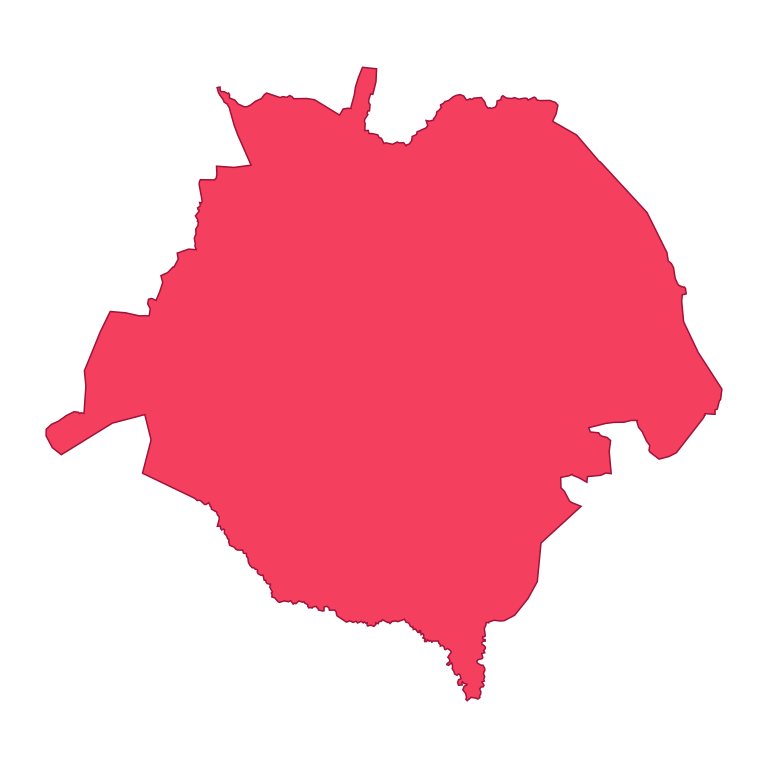 Na Dun, Maha Sarakham, Thailand (Natural Earth projection)
{"feature_id": "78962969B11651744755844", "entity_name": "Na Dun", "entity_type": "district", "adm_level": 2, "iso_a3": "THA", "parent_name": "Thailand", "parent_adm1": "Maha Sarakham", "projection": "natural_earth1", "projection_center": [103.237, 15.719], "detail": "fine", "context": "isolated", "style": "filled", "palette": "rose", "viewbox_px": 768, "rotation_deg": 0, "n_neighbors": 0, "source": "geoboundaries", "source_scale": "gbopen_adm2", "svg_char_len": 6064}
<svg xmlns="http://www.w3.org/2000/svg" viewBox="0 0 768 768"><path d="M46.1,435.9L52.3,447.6L61.3,454.7L112.4,423.1L144.8,414.6L151.1,439.9L142.5,473.2L194.7,498.3L197.3,500.6L199.0,500.2L200.6,500.7L204.5,504.4L206.0,504.5L208.8,502.7L210.5,506.7L211.3,507.0L211.4,509.2L216.7,512.1L217.3,514.6L219.2,517.0L219.1,519.9L217.3,526.3L220.3,526.1L220.7,528.7L221.7,530.0L223.5,529.1L224.4,529.5L224.4,533.5L226.6,535.6L227.5,538.6L228.9,539.3L228.8,542.4L229.8,545.4L234.3,547.2L235.8,549.2L237.2,550.0L242.8,550.2L243.4,553.1L246.4,553.6L246.6,556.6L247.9,557.9L248.4,562.3L249.9,565.3L252.1,567.7L253.9,567.8L255.2,569.2L257.2,569.6L257.7,570.3L257.2,571.9L258.2,573.8L261.1,575.4L263.0,575.1L264.2,580.3L265.6,580.2L266.1,582.2L267.3,583.7L270.4,584.2L269.8,587.2L272.4,592.0L271.3,593.0L272.1,594.8L271.8,596.9L274.6,597.8L278.0,601.6L279.4,602.4L284.3,600.9L288.5,601.8L290.6,600.6L293.2,604.1L294.8,603.1L295.9,603.7L298.8,601.0L302.5,602.2L303.9,601.6L304.7,603.1L307.8,604.6L307.7,606.3L308.8,607.9L310.3,607.5L312.1,608.1L313.3,606.8L316.4,606.5L317.0,607.8L318.2,608.4L318.3,609.9L322.4,611.0L324.0,610.8L324.1,607.0L327.0,606.3L328.9,607.9L329.4,610.2L334.8,610.1L336.4,612.4L336.3,613.8L337.1,615.9L346.4,622.1L349.9,620.8L353.0,622.4L356.1,621.3L357.5,623.0L361.2,621.3L363.3,622.9L364.4,621.9L365.9,623.2L367.2,622.8L367.1,625.3L367.7,626.0L370.8,625.2L373.9,626.4L375.9,624.5L375.7,622.8L378.2,623.7L379.0,621.6L381.5,621.3L382.4,619.7L387.9,622.6L389.0,622.3L390.0,623.5L392.3,621.3L396.2,621.0L397.6,621.7L404.5,619.3L405.9,622.1L408.8,623.0L410.4,626.3L412.2,627.3L413.0,626.9L413.3,629.6L415.3,628.9L417.9,632.4L419.3,632.5L419.3,630.8L420.5,630.7L421.1,634.7L422.7,633.7L423.5,634.2L423.8,636.9L422.8,637.9L425.4,639.1L424.5,640.3L424.8,641.6L426.7,641.4L427.4,639.9L429.2,641.2L430.6,640.5L431.9,642.2L433.0,641.0L438.4,641.1L438.8,643.2L440.3,644.7L440.3,646.2L442.3,645.4L444.0,646.8L444.7,649.4L445.7,649.6L447.6,648.4L450.7,650.8L451.2,652.2L447.8,657.2L449.7,659.4L449.7,661.7L447.1,663.6L446.8,664.6L448.5,665.4L451.6,662.8L452.6,666.0L452.2,668.8L454.0,671.6L454.6,674.0L457.1,675.3L458.3,674.0L459.8,674.5L461.1,678.7L458.6,679.6L457.6,682.6L458.5,685.2L462.1,685.0L461.9,682.6L462.5,681.8L463.9,683.3L467.0,684.2L466.7,685.1L464.2,686.2L462.8,689.8L465.5,693.4L466.5,697.0L465.9,699.4L467.2,700.7L471.1,697.4L475.9,698.1L477.8,699.1L479.9,697.5L479.6,696.0L480.6,694.2L480.9,691.7L479.6,688.9L481.3,687.0L483.2,686.8L484.0,685.3L482.0,682.0L484.3,681.0L483.7,679.3L484.7,676.7L483.4,673.6L484.8,670.3L484.7,668.3L483.0,665.2L480.8,665.1L477.5,663.1L476.7,661.4L478.0,659.7L482.3,658.6L482.8,657.6L481.6,653.6L484.8,652.7L483.7,650.4L485.2,648.7L485.3,647.3L484.5,645.9L482.1,644.3L481.7,642.6L482.7,641.4L485.2,641.1L485.1,639.5L483.3,639.5L482.5,637.8L482.8,636.6L483.8,637.0L485.3,636.0L484.3,628.7L486.0,624.7L486.1,622.6L488.7,622.8L488.7,622.1L494.0,620.3L500.5,621.0L504.2,620.7L514.7,615.2L527.9,598.7L537.3,581.6L541.0,543.0L581.1,506.3L571.8,502.6L569.4,500.9L564.4,491.3L561.0,487.8L560.7,477.4L568.7,475.9L572.2,474.4L573.0,475.4L578.4,477.5L586.9,482.3L587.4,476.6L600.7,475.3L605.9,473.0L611.2,473.7L609.2,451.4L610.6,440.5L607.0,437.4L602.0,436.2L600.0,435.0L598.7,432.8L590.4,432.0L588.7,427.7L605.8,423.4L613.9,422.4L624.0,422.2L631.4,420.4L637.3,420.5L636.9,421.8L638.7,427.5L642.1,431.5L646.5,441.0L649.7,445.5L649.0,450.5L650.1,452.3L659.1,459.1L669.0,456.5L676.4,452.7L702.7,418.9L704.2,416.6L704.3,415.2L705.0,415.2L705.0,413.7L715.1,414.3L715.0,409.9L717.3,409.1L719.3,401.0L720.6,399.5L721.9,389.1L698.3,352.6L683.6,321.7L681.7,301.2L682.3,294.8L686.2,293.9L685.5,288.5L684.5,287.1L683.1,287.1L678.8,285.4L677.5,283.5L675.2,278.4L673.5,267.6L671.4,263.6L668.2,260.9L667.0,252.7L647.0,212.5L600.6,162.2L598.8,161.0L576.6,135.0L552.6,121.3L556.2,113.6L557.9,105.2L555.4,102.4L549.5,100.4L540.1,100.6L536.9,100.0L535.6,97.8L534.2,97.1L528.0,100.1L527.0,98.4L524.4,98.1L519.0,99.2L514.5,97.6L511.9,98.5L506.4,98.1L502.9,95.7L501.6,96.7L500.7,99.8L497.1,100.9L496.8,104.5L495.4,107.1L491.4,108.4L489.7,107.7L488.1,108.3L485.9,105.6L484.8,102.0L481.4,97.5L473.6,98.2L471.9,99.5L470.1,98.7L467.1,100.1L465.9,99.3L463.8,96.0L460.2,94.6L456.2,95.4L453.3,96.7L448.4,100.7L445.0,101.5L443.3,103.5L440.6,104.7L440.5,105.9L441.4,107.3L439.3,110.0L436.7,112.0L436.5,114.3L434.9,117.4L433.6,118.6L433.4,120.1L429.4,121.1L426.1,120.5L427.7,125.4L426.2,127.8L417.0,131.9L416.7,134.4L412.2,136.5L411.6,141.0L409.0,144.2L407.0,144.7L406.0,145.8L403.7,142.7L399.0,142.9L397.2,142.0L392.6,144.3L385.8,142.8L384.0,143.6L381.4,138.4L379.1,137.5L377.7,134.8L371.8,133.5L369.0,133.6L368.3,130.5L364.8,130.5L365.2,123.5L364.5,121.8L364.7,119.4L367.9,114.5L367.0,113.5L367.8,111.0L369.5,110.9L370.1,104.5L368.7,102.5L368.8,99.8L370.6,93.9L372.8,94.4L373.2,93.1L376.0,81.6L376.6,68.8L362.5,67.3L358.5,77.3L355.5,86.8L354.2,95.4L351.2,106.2L351.0,108.5L348.1,108.2L343.1,109.0L339.6,115.1L314.5,99.7L306.6,98.5L293.7,98.7L292.0,96.7L289.7,95.5L286.9,97.3L283.0,96.6L280.0,97.5L266.5,93.0L264.2,94.8L261.5,98.5L255.2,101.4L250.7,105.0L247.2,106.6L244.5,106.9L238.1,104.0L234.9,100.1L229.4,97.9L229.6,94.8L228.7,93.1L227.9,93.6L224.1,91.7L221.1,91.5L220.3,90.6L220.0,87.0L217.1,87.6L218.5,92.7L219.9,95.2L222.7,98.9L224.3,102.3L227.1,104.0L229.2,107.5L234.2,125.4L237.8,135.0L251.1,165.2L234.0,167.4L216.5,166.2L216.9,174.3L216.2,178.1L214.4,179.9L200.4,179.7L199.3,182.1L199.2,184.9L202.2,201.1L201.5,202.9L199.6,202.5L200.2,204.7L200.0,206.3L197.5,207.9L198.1,209.7L199.1,210.2L199.1,211.2L195.4,215.9L197.8,219.8L197.3,221.4L198.4,222.1L197.9,225.6L195.7,229.3L196.0,234.0L194.3,238.2L195.3,243.8L194.9,245.9L196.2,249.7L188.7,249.1L177.2,253.1L178.2,259.2L173.9,267.2L173.1,266.9L167.6,272.6L160.9,275.6L162.7,282.5L159.8,291.5L156.1,300.4L151.7,298.5L148.5,299.2L147.7,303.8L150.2,308.7L149.2,315.8L138.8,315.8L125.7,312.8L110.2,311.5L100.3,331.8L84.4,370.8L85.9,386.0L84.0,413.4L81.1,412.8L79.3,413.6L78.7,412.3L74.1,411.7L66.1,415.7L58.8,421.0L51.4,424.4L46.2,429.3L46.1,435.9Z" fill="#f43f5e" stroke="#9f1239" stroke-width="1.5"/></svg>